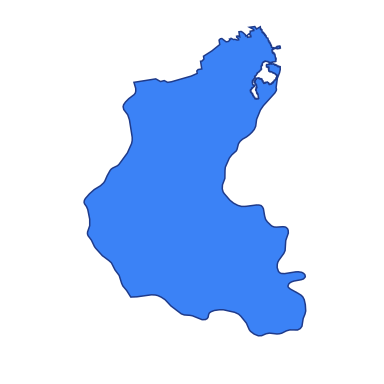 outline of Pepillo Salcedo, Monte Cristi, Dominican Republic, rotated 81°
{"feature_id": "3306468B50273300961313", "entity_name": "Pepillo Salcedo", "entity_type": "district", "adm_level": 2, "iso_a3": "DOM", "parent_name": "Dominican Republic", "parent_adm1": "Monte Cristi", "projection": "equal_earth", "projection_center": [-71.693, 19.654], "detail": "fine", "context": "isolated", "style": "filled", "palette": "blue", "viewbox_px": 384, "rotation_deg": 81, "n_neighbors": 0, "source": "geoboundaries", "source_scale": "gbopen_adm2", "svg_char_len": 5692}
<svg xmlns="http://www.w3.org/2000/svg" viewBox="0 0 384 384"><g transform="rotate(81 192 192)"><path d="M286.2,268.9L286.9,262.7L287.2,248.1L288.0,244.3L289.0,241.9L291.0,238.9L294.2,235.4L301.3,230.6L310.7,221.6L312.2,218.9L313.5,213.3L314.3,211.0L319.7,202.0L320.1,198.7L319.4,196.8L318.2,195.7L315.5,194.7L314.1,193.7L313.2,191.8L312.5,188.4L312.6,183.3L313.2,179.5L317.5,168.7L319.9,165.1L322.3,163.2L330.0,158.8L336.9,157.0L338.8,156.0L342.0,152.9L344.4,149.0L344.8,145.7L343.6,141.0L343.5,137.6L345.5,130.3L345.7,127.9L345.5,125.5L343.9,120.4L343.5,117.0L344.8,109.3L343.8,106.4L341.8,104.4L334.4,102.0L330.2,99.5L327.3,98.3L321.1,97.7L315.9,98.0L312.9,99.0L311.1,100.3L308.8,102.9L303.2,110.1L301.3,111.7L300.0,112.0L298.0,110.9L297.0,109.5L296.3,107.6L295.9,105.2L295.7,97.7L295.3,95.5L293.9,93.7L293.0,93.3L291.2,93.5L289.7,94.6L288.5,96.2L287.4,99.6L287.1,102.3L287.1,113.3L286.4,116.6L285.8,117.6L284.1,119.0L280.0,119.7L276.8,119.1L274.7,118.2L272.9,116.8L267.0,110.9L264.4,109.2L254.6,107.0L247.7,103.3L244.9,103.0L243.2,103.4L241.7,104.6L241.1,105.5L240.5,107.6L239.9,114.2L239.4,116.3L238.4,118.1L237.1,119.4L233.2,122.3L230.5,123.6L227.2,124.0L219.8,124.1L217.9,124.7L216.2,125.9L215.3,128.0L214.9,130.4L214.6,141.2L214.0,145.3L212.4,148.8L209.5,152.7L206.1,155.8L198.5,160.5L196.6,161.3L193.6,161.6L189.7,160.8L183.7,157.4L175.7,156.0L172.7,155.2L164.3,149.8L161.5,146.8L158.3,141.8L156.8,140.8L151.7,138.6L149.5,136.6L147.7,133.8L146.1,129.5L144.3,126.2L142.2,123.2L139.8,120.6L137.0,118.8L130.3,116.8L121.7,111.6L117.9,108.0L107.2,94.7L105.0,92.9L103.7,92.5L102.0,92.6L93.0,89.9L87.9,86.9L84.9,85.7L82.1,85.3L82.1,86.0L81.7,86.0L81.7,87.0L81.3,87.0L81.4,87.6L80.9,87.6L80.5,88.6L79.8,88.6L79.8,89.7L79.4,89.7L79.4,90.3L79.0,90.2L78.6,91.3L78.2,91.3L78.1,93.4L77.8,93.4L77.8,96.1L78.1,96.1L77.8,98.2L78.1,98.2L78.3,98.7L80.1,98.8L80.1,98.2L80.5,98.0L80.5,97.2L80.9,97.2L80.9,96.6L82.5,96.8L82.5,97.2L84.5,97.2L84.5,96.8L85.3,96.6L85.3,95.6L85.7,95.5L85.7,94.5L86.5,94.0L86.9,92.9L87.3,93.0L87.3,92.4L88.1,91.8L88.1,91.3L89.3,90.8L89.3,90.2L90.1,90.2L90.1,89.7L91.3,89.7L91.3,90.2L92.0,90.2L92.1,90.8L92.8,90.7L92.9,91.3L93.7,91.3L93.7,91.8L94.4,92.4L94.4,92.9L94.8,92.9L94.8,93.4L95.6,94.0L95.7,94.5L96.4,94.5L96.4,95.0L96.8,95.0L96.8,96.1L97.2,96.1L97.2,96.6L97.6,96.6L97.6,97.2L97.9,97.2L98.0,98.7L97.3,98.7L97.2,99.3L96.0,99.3L95.6,100.4L95.2,100.4L95.2,102.0L95.6,102.0L95.6,103.0L96.0,103.0L96.0,103.6L95.6,103.6L95.7,104.1L94.8,104.1L94.8,104.6L93.3,104.6L93.3,105.2L91.7,105.2L91.7,105.7L91.3,105.7L91.3,106.2L90.9,106.2L90.9,107.3L90.5,107.3L90.5,107.8L90.1,107.8L90.1,108.4L89.7,108.4L89.7,110.5L90.0,110.5L90.1,111.1L90.9,111.0L91.3,112.1L92.1,112.1L92.1,112.6L92.8,112.6L92.9,113.1L93.7,113.1L93.7,112.6L95.2,112.6L95.2,112.1L96.4,112.1L96.4,111.6L98.8,111.6L98.8,112.1L99.6,112.1L99.6,112.6L100.8,112.6L100.8,113.1L101.6,113.1L101.6,112.6L104.4,112.6L104.4,112.1L105.6,112.1L105.6,111.6L109.9,111.6L109.9,112.1L110.3,112.1L110.3,114.1L109.6,114.1L109.6,115.3L108.4,115.3L108.3,115.8L107.2,115.9L107.2,116.4L106.0,116.4L106.0,116.9L104.4,116.8L104.4,117.4L103.2,117.5L103.2,118.0L102.4,118.0L102.4,118.5L100.8,118.5L100.8,118.0L100.0,118.0L100.0,117.4L99.2,116.9L99.2,116.4L98.4,116.4L98.4,115.3L97.7,114.8L97.6,114.2L97.2,114.2L97.2,113.7L96.8,113.7L96.8,114.2L96.0,114.2L95.6,115.3L92.9,115.3L92.9,114.8L91.3,114.8L91.3,114.2L90.9,114.2L90.5,113.3L89.7,113.1L89.3,112.1L88.1,112.1L88.1,111.6L87.3,111.6L86.9,110.5L85.3,109.4L85.3,108.9L84.5,108.9L83.7,106.8L83.4,106.8L83.3,106.2L82.5,105.7L82.1,104.6L81.3,104.6L81.3,104.1L78.6,104.1L78.5,103.6L78.2,103.6L78.0,103.0L77.4,103.0L77.4,102.6L75.8,102.5L75.3,101.5L75.0,101.4L75.0,100.9L74.6,100.9L74.5,99.8L74.2,99.8L74.2,98.8L74.5,98.7L75.0,96.6L75.4,96.6L75.8,95.6L76.2,95.6L76.2,95.0L76.5,95.0L76.5,92.4L76.2,92.4L76.2,89.2L75.8,89.1L75.8,88.6L73.8,88.6L73.8,88.1L73.0,88.1L73.0,88.6L69.0,88.6L69.0,89.2L67.8,89.2L67.8,89.7L67.4,89.7L67.5,90.3L66.6,90.2L66.6,90.8L64.3,90.8L64.2,90.2L63.9,90.2L63.9,89.7L63.5,89.7L63.5,88.6L63.1,88.6L63.0,86.4L63.5,86.4L63.5,85.4L63.9,85.3L63.9,82.8L63.5,82.8L63.5,82.2L61.9,82.2L61.9,82.8L61.5,82.8L61.5,84.9L61.8,84.9L61.9,86.0L62.7,86.5L62.7,88.6L62.3,88.6L62.3,89.7L61.9,89.7L61.5,90.8L59.5,90.7L59.5,91.3L57.5,91.3L57.5,91.8L56.3,91.8L56.3,92.4L54.7,92.4L54.7,92.9L52.0,93.0L51.1,94.4L49.2,94.5L49.2,95.0L48.4,95.0L48.4,95.6L47.2,95.6L47.2,96.1L46.4,96.1L46.4,96.6L45.6,96.6L45.6,97.2L45.2,97.2L45.2,97.7L42.8,97.6L42.8,98.2L42.0,98.2L42.0,98.8L39.5,98.7L41.1,102.7L38.4,104.1L38.3,109.4L41.1,105.7L42.2,105.7L42.3,109.4L44.0,109.5L45.1,111.6L46.2,109.5L47.9,109.5L47.9,112.9L46.2,112.9L46.2,114.6L45.1,114.6L42.3,116.9L41.1,118.4L41.1,120.6L46.2,120.6L45.1,122.1L45.1,123.6L46.2,123.6L47.9,122.1L49.0,122.1L49.0,123.6L47.9,125.8L47.9,127.2L46.3,129.4L47.1,130.1L46.8,131.0L47.9,131.0L49.0,132.5L49.0,134.8L45.1,138.5L45.1,140.0L46.2,141.5L50.7,141.5L55.8,150.4L59.7,159.4L62.5,159.4L64.2,161.6L64.2,163.1L72.0,163.1L72.0,166.8L73.2,168.3L75.7,168.3L77.4,174.7L79.9,195.1L79.9,198.9L77.6,202.0L78.0,205.8L74.6,210.1L74.6,232.2L80.8,231.4L83.7,231.8L85.5,232.6L86.8,234.0L89.9,239.8L92.7,243.6L95.1,245.9L97.0,246.7L99.9,246.5L105.7,243.4L111.0,242.5L128.6,242.5L131.8,243.0L134.7,244.1L143.3,249.7L153.4,259.9L154.4,261.5L155.9,266.5L156.8,268.3L158.0,269.6L162.6,273.2L167.6,276.4L169.1,277.8L171.5,281.4L174.3,288.2L177.8,293.6L181.7,298.3L183.4,299.6L185.2,300.2L186.8,300.0L189.9,298.5L192.9,297.7L202.8,297.3L209.3,298.3L215.1,301.4L217.0,301.8L218.9,301.5L223.8,298.9L230.6,296.9L232.4,296.0L240.9,290.5L246.7,284.8L249.3,282.7L257.0,280.2L263.0,277.0L271.1,275.8L274.0,275.0L279.0,272.0L286.2,268.9Z" fill="#3b82f6" stroke="#1e3a8a" stroke-width="1.5"/></g></svg>